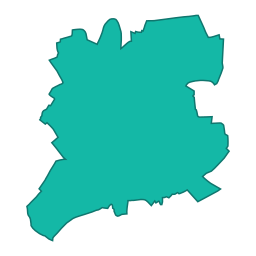 the district of Phu Ly, Hà Nam, Vietnam
{"feature_id": "81297802B99776560080545", "entity_name": "Phu Ly", "entity_type": "district", "adm_level": 2, "iso_a3": "VNM", "parent_name": "Vietnam", "parent_adm1": "Hà Nam", "projection": "mercator", "projection_center": [105.916, 20.538], "detail": "fine", "context": "isolated", "style": "filled", "palette": "teal", "viewbox_px": 256, "rotation_deg": 0, "n_neighbors": 0, "source": "geoboundaries", "source_scale": "gbopen_adm2", "svg_char_len": 3990}
<svg xmlns="http://www.w3.org/2000/svg" viewBox="0 0 256 256"><path d="M135.6,31.5L135.0,33.4L130.9,31.7L131.4,41.2L130.5,41.3L129.9,41.4L129.3,41.7L128.3,42.3L126.8,43.5L123.0,46.9L121.9,47.9L120.9,48.6L121.0,44.7L121.3,40.2L121.3,37.1L121.2,33.5L120.9,31.5L120.3,29.5L119.1,25.4L118.2,22.9L116.9,20.7L115.9,19.5L114.7,19.0L113.5,18.8L111.5,18.9L109.8,19.4L107.9,21.0L105.2,24.1L104.2,25.8L103.5,27.6L102.8,30.4L102.0,33.0L100.2,37.6L98.8,40.7L97.4,43.6L97.2,44.3L87.2,39.8L87.1,39.5L86.6,36.9L86.0,33.7L85.2,31.9L84.4,30.9L83.3,29.9L82.5,29.5L81.1,29.3L80.0,29.2L76.8,29.4L73.2,29.8L72.4,30.0L72.2,34.2L71.7,35.8L71.3,36.1L66.2,37.6L64.3,38.1L62.1,38.8L60.5,39.2L60.4,39.9L60.3,41.7L60.2,41.9L59.5,42.2L56.7,43.0L56.8,44.8L57.0,48.3L57.5,50.7L58.2,52.5L58.5,52.9L57.6,54.7L57.3,56.2L57.0,57.1L55.7,57.7L54.4,58.3L51.8,59.2L49.3,60.2L51.4,63.3L57.0,71.0L59.5,75.7L61.7,79.5L62.6,81.5L63.0,82.8L62.5,83.3L61.9,83.8L61.2,84.2L60.2,84.4L57.3,85.9L56.0,86.5L52.7,88.3L52.1,88.9L50.6,91.7L49.2,93.9L49.2,94.3L49.2,94.5L49.6,94.9L51.0,96.1L54.2,98.2L54.6,99.1L50.6,105.7L49.4,105.3L48.8,105.3L48.7,105.5L46.7,109.0L46.2,109.4L45.3,109.8L43.6,110.7L43.1,111.3L42.7,111.8L42.4,112.5L42.2,113.3L41.9,115.3L41.8,115.9L40.6,117.3L40.6,118.7L39.8,119.8L45.3,124.1L47.0,122.7L50.4,126.0L52.0,127.7L52.7,128.5L53.3,129.2L57.5,136.4L58.1,137.3L51.8,142.7L55.9,147.7L63.3,157.3L65.5,159.3L63.8,159.3L60.0,160.0L56.0,161.1L54.2,164.3L52.2,167.5L50.4,170.4L47.6,175.6L45.6,179.0L45.3,179.8L39.1,188.8L41.4,191.2L38.6,194.1L36.3,197.0L32.9,200.4L30.8,202.5L29.3,204.2L26.9,206.4L27.4,208.8L27.7,213.1L28.1,214.9L29.7,217.3L30.4,219.1L31.0,223.5L31.1,225.7L32.9,228.3L35.3,230.6L39.5,233.6L43.3,235.5L44.8,235.8L48.9,239.0L51.6,240.2L52.6,240.6L52.9,237.8L54.1,236.3L57.3,233.0L59.5,230.5L61.3,228.4L66.6,223.0L68.6,221.6L72.9,218.5L75.8,217.2L80.6,215.6L84.2,214.5L87.9,213.3L92.2,211.9L96.2,210.3L98.5,209.8L100.2,208.9L102.1,207.6L104.2,208.0L107.7,208.4L108.3,207.4L109.4,205.7L110.8,204.4L111.5,204.3L112.1,204.8L112.5,205.9L112.7,208.2L113.0,208.4L113.7,208.9L114.1,209.6L114.1,211.3L114.6,212.5L115.6,214.9L116.1,215.4L117.4,216.1L118.8,215.9L120.6,215.0L121.7,214.4L123.3,214.2L125.3,214.0L126.9,213.9L126.8,211.3L127.1,207.7L127.6,204.0L128.0,201.2L128.0,200.6L130.3,200.6L131.1,200.5L131.6,200.4L133.6,200.4L135.9,200.1L139.2,199.7L140.7,199.5L142.0,199.5L143.8,199.6L145.0,199.9L146.3,200.6L148.0,202.1L149.8,204.0L151.3,205.6L152.6,203.9L154.8,201.0L155.9,202.9L158.6,201.2L159.1,201.3L159.4,202.0L160.1,203.8L160.6,204.6L161.4,204.6L161.8,204.6L162.5,201.9L162.5,197.6L164.6,197.5L166.3,196.7L168.9,197.8L171.3,195.4L172.2,194.2L173.6,194.3L174.9,194.2L177.5,192.6L178.3,193.1L178.9,193.7L179.6,193.6L183.3,192.1L185.8,190.8L187.2,189.9L197.8,201.7L212.5,193.8L217.7,191.0L220.5,189.0L214.6,185.6L210.6,183.3L207.3,180.8L204.5,178.4L202.6,176.5L206.2,173.3L211.4,171.1L214.6,168.2L219.5,163.1L224.2,158.1L227.7,153.1L229.1,151.2L226.3,148.4L227.9,146.1L228.0,143.1L228.0,141.0L227.9,138.1L227.7,135.7L227.3,135.4L225.7,134.5L225.1,134.0L224.8,133.6L224.4,130.2L223.9,126.9L223.6,125.2L222.8,124.3L222.1,123.8L221.1,123.1L219.8,123.0L211.3,123.4L211.4,122.4L212.1,116.7L207.4,116.9L199.4,117.1L198.2,116.6L197.6,115.8L196.9,112.1L196.3,109.9L195.4,109.3L194.6,102.0L194.2,97.3L193.1,96.4L193.0,95.8L193.5,95.0L194.1,94.8L194.1,91.0L190.5,88.8L185.9,86.0L186.5,84.7L188.1,83.0L189.7,82.2L192.4,81.5L195.3,80.9L200.3,80.4L203.1,80.4L208.5,80.8L210.7,81.2L212.5,82.3L213.8,83.7L214.5,84.8L216.7,83.6L218.1,81.0L218.7,79.2L221.2,73.0L222.9,68.0L222.9,67.3L222.8,66.2L222.4,63.9L222.2,62.7L222.3,62.2L222.4,59.9L223.5,39.1L219.9,38.9L219.5,36.9L219.1,34.8L213.5,36.6L210.7,37.3L210.2,37.3L208.3,37.4L205.7,32.3L203.6,27.2L198.2,15.4L196.2,15.4L194.0,15.8L188.4,16.5L187.9,16.5L183.3,16.9L175.0,17.9L169.1,18.7L166.1,19.1L153.9,20.7L146.7,20.8L146.0,22.6L145.0,25.1L144.1,28.1L143.0,31.0L141.8,30.6L141.4,32.3L139.9,32.3L137.8,32.1L135.6,31.5Z" fill="#14b8a6" stroke="#0f766e" stroke-width="1.5"/></svg>